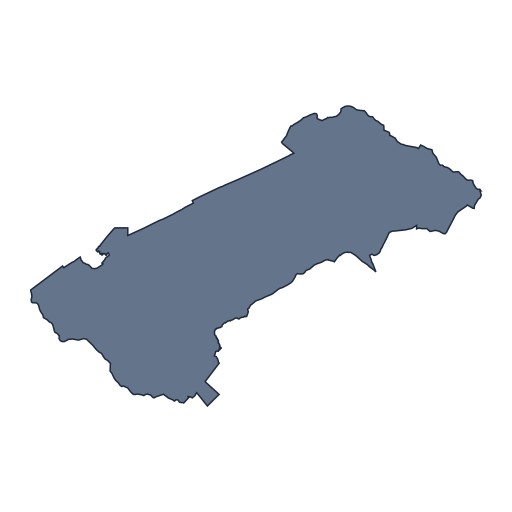 the district of Boroaia, Suceava, Romania, rotated 180°
{"feature_id": "2599482B11697107699974", "entity_name": "Boroaia", "entity_type": "district", "adm_level": 2, "iso_a3": "ROU", "parent_name": "Romania", "parent_adm1": "Suceava", "projection": "albers", "projection_center": [26.298, 47.329], "detail": "fine", "context": "isolated", "style": "filled", "palette": "slate", "viewbox_px": 512, "rotation_deg": 180, "n_neighbors": 0, "source": "geoboundaries", "source_scale": "gbopen_adm2", "svg_char_len": 6098}
<svg xmlns="http://www.w3.org/2000/svg" viewBox="0 0 512 512"><g transform="rotate(180 256 256)"><path d="M397.9,283.5L404.7,275.7L411.0,267.8L412.0,266.5L412.1,265.8L413.4,265.5L414.1,263.8L414.8,263.5L415.2,262.6L415.7,262.5L415.8,261.5L414.3,260.1L414.1,260.1L413.8,260.9L413.5,261.0L412.4,260.6L412.5,259.3L412.0,258.7L411.8,257.9L411.4,257.9L411.0,258.5L410.5,258.5L410.5,257.6L410.2,257.0L409.6,257.1L409.3,257.3L409.4,258.1L409.1,258.5L408.3,258.2L407.5,258.4L406.2,256.9L405.7,256.8L405.8,257.9L405.5,258.0L405.0,257.9L404.7,258.7L404.1,259.1L403.7,259.1L402.9,257.8L402.9,256.6L406.2,254.3L407.5,252.0L410.1,248.9L409.0,248.1L410.5,246.7L415.4,243.6L417.9,243.4L420.1,243.7L422.3,246.2L423.7,247.4L426.0,247.9L426.7,248.5L429.0,249.4L430.0,251.0L431.1,252.2L431.2,253.4L431.8,255.0L434.9,252.9L438.0,250.4L440.2,249.5L448.3,244.3L449.4,246.0L481.3,222.0L481.1,220.4L480.5,218.5L480.1,215.5L480.8,212.6L480.6,210.2L479.7,209.3L475.6,209.1L474.2,208.0L473.3,206.3L472.6,203.3L471.6,200.8L469.0,196.8L468.6,194.4L464.8,192.2L462.7,190.1L460.6,189.1L459.2,187.2L457.5,180.6L456.9,179.6L454.7,178.5L453.7,177.2L452.7,176.3L453.0,173.9L452.8,173.1L451.6,171.2L449.7,170.4L447.7,170.4L443.5,172.6L439.4,173.0L433.5,171.9L428.3,173.4L425.4,172.7L419.1,166.6L415.9,162.6L412.8,159.8L410.5,158.6L408.7,155.5L407.0,153.1L404.3,151.5L401.5,148.4L401.7,147.2L401.9,140.8L400.3,139.0L397.6,133.4L396.0,131.3L393.6,129.1L391.8,126.5L390.2,125.5L388.7,126.0L384.3,124.1L381.4,120.2L378.7,117.6L376.8,117.5L374.8,118.0L370.4,117.2L368.2,116.4L366.7,117.4L364.8,118.0L361.3,116.9L359.0,114.5L358.4,114.2L357.7,114.2L356.1,115.2L348.4,117.8L347.4,116.7L346.2,116.0L343.7,114.0L338.9,112.0L338.0,111.1L337.5,110.9L336.1,112.2L334.3,112.1L333.8,111.8L333.3,111.2L333.0,110.3L332.2,109.7L330.7,109.4L329.4,109.5L328.3,109.0L323.2,114.4L324.1,115.4L323.9,115.6L321.5,115.1L319.7,114.1L317.1,116.3L315.7,118.9L315.3,119.3L304.6,106.0L292.9,117.6L306.2,129.7L306.8,130.5L292.8,148.9L293.6,149.8L293.8,151.1L294.5,153.4L295.8,155.0L295.8,155.4L297.7,156.1L297.6,156.8L296.9,158.0L296.3,160.4L295.5,160.9L293.6,160.8L293.3,161.8L292.8,162.0L293.0,162.4L293.0,162.8L292.6,163.1L292.3,162.6L292.1,162.6L292.2,163.1L291.7,163.2L291.5,163.5L291.3,163.4L290.8,163.8L290.8,164.0L290.9,164.3L291.4,164.5L291.7,165.0L292.0,164.9L292.4,165.1L292.2,165.4L292.2,165.7L292.4,165.9L292.2,166.3L292.4,166.6L292.2,166.9L292.7,168.0L293.6,168.8L293.8,169.2L293.4,169.8L293.9,170.5L293.6,171.0L293.8,171.5L293.7,171.8L294.4,172.3L294.7,173.4L295.4,173.5L295.5,173.9L295.3,174.6L295.9,174.9L296.0,176.0L296.6,176.4L297.5,177.6L297.4,179.0L297.6,180.4L296.9,181.8L296.7,182.6L296.2,182.7L296.1,183.1L295.3,183.2L295.1,183.8L294.7,183.9L294.0,183.8L293.5,184.2L291.9,184.4L291.2,185.0L290.2,185.3L289.8,186.9L287.9,188.8L287.4,189.2L286.9,189.0L286.2,189.4L284.0,191.0L283.0,191.0L282.3,191.4L281.7,191.1L281.1,191.7L279.4,192.2L277.2,193.6L276.1,193.9L274.8,193.9L274.2,193.4L273.1,193.0L272.8,193.1L271.7,194.2L271.1,194.3L270.1,194.8L268.9,194.7L267.6,195.6L266.9,195.7L266.8,195.3L265.4,195.5L264.2,198.5L263.7,200.3L264.4,202.8L264.0,203.4L263.4,203.5L262.9,204.1L261.5,206.9L260.5,207.5L257.5,209.9L257.2,210.4L256.1,211.1L250.1,213.3L246.6,215.1L240.6,217.6L239.2,218.4L233.3,223.0L231.9,223.7L229.4,224.5L224.2,227.2L221.7,228.8L219.5,230.7L216.7,235.4L216.3,236.7L215.5,237.7L214.4,238.4L212.2,238.0L209.4,238.1L208.8,238.3L207.3,239.5L206.7,240.6L206.1,241.3L204.3,242.3L202.8,242.7L202.2,243.0L197.8,246.9L194.8,248.3L190.6,249.7L186.8,251.8L184.1,252.4L184.1,252.1L183.5,251.9L178.6,250.7L177.6,250.2L175.0,253.9L172.5,256.7L172.1,256.4L168.8,258.8L167.3,259.4L165.6,259.8L163.2,259.6L161.4,259.7L157.2,257.1L155.1,255.5L149.9,250.7L144.7,247.4L142.5,245.2L138.2,242.1L136.1,240.1L139.2,248.3L140.2,249.8L141.0,252.9L141.8,254.8L142.4,256.7L140.2,257.7L139.4,257.5L138.2,256.7L137.5,256.6L135.3,257.3L133.0,258.9L132.3,259.7L131.7,261.0L131.4,262.3L129.7,265.0L129.3,266.2L128.9,266.8L128.7,267.7L127.9,268.8L125.0,274.5L123.5,278.1L122.5,279.6L119.4,281.0L117.8,280.9L106.1,282.2L100.2,283.6L95.4,286.6L95.4,283.1L94.1,283.7L92.3,283.8L89.8,283.3L85.3,283.4L81.9,280.5L76.7,281.6L73.2,280.9L68.6,278.4L67.0,278.2L65.6,279.5L58.2,293.7L56.8,296.6L54.5,299.7L52.1,301.5L45.8,305.8L44.7,307.0L39.1,303.7L37.8,303.6L37.6,306.1L37.0,307.4L33.7,312.8L32.0,314.0L30.7,316.8L32.3,322.0L31.4,321.6L32.1,322.7L34.5,322.8L35.7,323.6L37.9,326.9L38.7,328.4L39.0,329.3L39.0,330.4L39.5,331.5L40.9,331.9L44.7,331.8L46.8,333.6L48.9,335.9L51.3,337.9L53.1,340.0L53.4,340.2L54.5,340.3L58.3,340.0L59.2,340.1L61.6,342.5L62.9,343.5L64.6,344.5L67.9,345.3L69.4,346.8L71.3,346.8L72.7,347.6L73.6,349.5L75.7,354.7L79.1,358.7L80.1,362.3L84.9,363.5L87.6,365.2L91.3,367.0L93.6,363.5L95.4,364.5L106.3,366.5L109.1,367.6L109.9,367.6L111.2,368.1L114.7,370.5L116.9,374.0L117.7,374.3L120.0,375.7L120.7,375.9L121.4,376.5L122.2,376.5L122.3,376.7L122.4,378.6L122.6,379.2L123.1,379.8L128.0,381.8L128.2,386.2L128.4,386.7L129.1,387.1L130.5,387.6L132.8,389.4L134.0,390.6L136.2,391.5L137.6,392.8L139.3,395.1L140.1,395.4L141.4,395.2L143.5,396.1L145.0,397.9L145.7,399.1L147.7,401.3L151.1,401.5L155.1,402.1L155.9,402.5L158.7,404.6L160.9,405.6L162.6,405.9L164.7,406.0L166.3,405.6L167.1,405.6L170.9,403.3L171.1,402.2L171.0,401.4L171.2,400.2L172.7,398.2L175.1,396.1L175.8,395.6L177.9,395.3L179.5,394.7L181.8,394.7L183.4,394.3L184.1,394.6L185.7,393.3L187.1,392.9L190.1,391.3L190.6,391.4L191.1,392.0L192.6,392.2L193.1,392.8L194.5,393.1L195.0,394.5L194.8,395.2L194.8,396.7L195.3,397.9L196.0,398.4L197.7,398.6L202.3,396.9L205.8,395.1L208.5,394.3L211.4,391.6L215.0,389.3L215.7,388.8L216.5,388.5L218.3,387.4L219.6,386.2L221.2,386.0L223.5,381.4L225.8,375.7L227.1,374.3L229.2,371.4L230.4,370.0L230.2,369.4L228.6,367.5L227.9,367.1L218.6,359.3L218.2,358.7L221.5,357.3L223.4,356.1L250.7,342.9L274.6,332.2L287.5,326.7L289.1,325.8L292.5,324.6L312.5,315.1L319.7,311.4L318.7,308.8L326.5,304.9L330.4,302.4L335.2,300.0L339.2,297.7L349.4,292.7L351.8,291.9L357.6,289.1L368.2,283.8L384.2,276.5L384.2,284.1L397.1,284.1L397.9,283.5Z" fill="#64748b" stroke="#1e293b" stroke-width="1.5"/></g></svg>